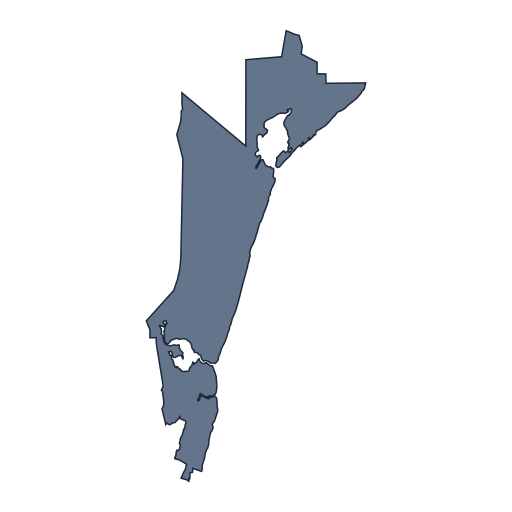 outline of Kilifi North, Coast, Kenya
{"feature_id": "3690345B15365868811730", "entity_name": "Kilifi North", "entity_type": "district", "adm_level": 2, "iso_a3": "KEN", "parent_name": "Kenya", "parent_adm1": "Coast", "projection": "equal_earth", "projection_center": [39.892, -3.499], "detail": "fine", "context": "isolated", "style": "filled", "palette": "slate", "viewbox_px": 512, "rotation_deg": 0, "n_neighbors": 0, "source": "geoboundaries", "source_scale": "gbopen_adm2", "svg_char_len": 6114}
<svg xmlns="http://www.w3.org/2000/svg" viewBox="0 0 512 512"><path d="M161.4,390.3L162.4,391.5L163.9,402.1L163.4,406.0L162.0,408.9L165.8,424.6L166.5,423.5L167.3,423.1L167.8,423.8L169.6,424.8L173.0,422.9L175.3,422.4L176.5,420.8L178.2,419.3L179.9,416.6L180.4,418.8L185.5,420.9L185.8,423.0L185.0,425.6L184.9,427.1L184.7,427.9L184.1,428.5L182.2,435.0L180.4,438.4L180.0,441.7L179.5,442.4L179.5,443.9L180.1,444.5L180.4,446.2L179.8,447.3L179.6,449.0L177.6,450.6L177.0,450.2L176.2,451.9L176.1,454.1L175.1,457.3L174.7,457.6L174.7,458.3L175.0,458.9L179.1,459.8L186.5,464.2L185.4,469.2L183.3,473.0L181.1,478.2L188.0,480.2L187.9,480.8L188.8,481.3L189.0,478.6L189.5,479.1L189.8,478.4L190.1,472.6L192.1,472.6L192.5,472.3L192.8,468.4L201.6,471.4L202.2,469.5L202.4,464.4L204.3,459.1L205.4,452.8L206.3,450.4L207.1,448.7L207.6,448.3L208.7,444.4L208.9,440.5L210.2,434.1L210.8,432.4L212.1,430.5L212.9,428.3L213.1,426.6L212.4,425.6L212.5,423.5L214.0,421.8L214.8,420.1L217.7,411.3L217.7,408.9L217.2,406.8L217.1,402.2L216.5,397.8L214.7,396.0L213.5,395.9L212.0,397.3L211.3,397.3L210.9,396.5L210.3,396.3L209.8,396.6L209.5,398.2L209.2,398.7L208.6,398.7L207.7,398.0L206.5,398.5L205.7,397.5L204.3,397.1L200.5,394.8L200.4,397.3L199.4,398.7L199.6,399.7L199.2,400.4L197.8,400.7L197.6,399.9L198.1,399.3L198.5,397.8L199.7,397.1L199.5,395.0L199.7,394.3L200.3,393.6L202.7,395.0L203.3,395.8L206.8,397.1L207.9,396.5L208.7,397.3L209.4,395.8L210.6,395.7L211.0,396.3L212.0,396.7L213.3,395.3L215.3,394.3L216.2,392.1L216.9,387.0L216.2,376.8L214.8,371.9L214.4,371.3L212.8,366.5L212.3,365.8L210.4,365.7L208.9,364.9L206.5,362.7L205.2,362.8L203.5,363.6L202.1,363.4L199.6,360.9L199.2,358.9L198.2,359.3L197.0,361.8L196.0,362.7L194.5,363.2L194.2,364.0L193.7,363.7L193.4,362.5L192.8,362.2L191.8,365.5L190.2,367.1L188.7,371.0L188.1,371.5L186.6,371.2L183.0,371.7L181.6,370.6L180.6,370.5L180.1,369.8L180.4,369.3L178.7,368.2L177.4,366.7L176.5,366.7L176.4,367.6L175.3,367.1L174.0,364.3L172.9,360.0L171.8,359.2L171.4,358.5L171.5,356.0L170.7,355.3L170.1,355.4L169.4,353.3L168.7,352.8L168.6,351.8L171.2,351.5L171.7,352.0L172.1,352.7L172.1,354.3L172.9,356.7L173.5,357.4L175.4,357.4L178.3,355.8L180.7,355.2L181.1,355.5L182.9,358.7L183.2,358.1L183.2,357.2L182.6,354.8L182.9,352.8L180.2,350.0L179.3,347.4L179.2,345.1L178.5,344.9L176.2,345.4L174.4,344.8L170.7,345.8L166.5,344.9L165.2,344.0L163.8,341.3L162.8,336.9L162.8,335.8L162.5,335.1L162.0,334.9L161.1,333.1L161.6,331.6L161.2,329.6L161.4,328.8L160.1,327.8L159.8,326.2L159.3,325.9L159.7,325.4L160.3,325.5L160.7,326.4L161.6,326.0L164.2,327.0L164.7,326.3L164.7,324.6L164.5,323.9L163.7,323.5L163.1,321.6L165.0,320.7L166.1,320.7L166.1,322.2L166.9,323.2L166.2,323.5L166.0,324.8L164.9,327.2L164.6,330.1L163.8,331.3L164.4,334.5L164.4,340.0L165.3,342.5L166.1,343.5L167.2,343.8L169.0,343.0L170.8,340.9L170.8,340.1L172.2,339.9L176.3,338.4L177.1,338.4L178.9,339.3L183.4,338.7L186.1,339.2L190.2,342.4L191.6,345.3L191.7,347.1L192.7,349.4L193.1,349.7L194.0,349.8L194.0,351.6L194.3,352.3L196.9,352.6L197.8,353.3L198.5,354.3L200.4,355.2L200.9,355.8L201.4,358.4L203.2,361.0L205.0,360.6L206.9,360.8L208.2,361.2L210.3,363.2L212.8,362.9L215.0,363.4L215.5,363.2L217.8,360.6L218.3,359.2L218.7,356.3L219.9,353.9L221.5,348.5L224.9,342.0L226.9,336.6L227.4,334.2L229.4,329.2L229.5,327.0L230.7,324.6L232.5,317.8L234.4,313.9L236.1,309.4L239.1,298.8L243.1,282.7L247.5,267.0L247.8,264.7L249.1,260.6L249.3,258.0L250.0,256.8L250.1,254.8L249.6,253.1L250.5,249.2L252.2,245.2L253.0,244.3L253.4,242.7L253.9,242.4L254.0,241.1L254.4,240.8L255.8,236.8L256.3,234.3L256.8,233.8L259.6,223.2L260.8,221.6L262.4,218.0L263.5,214.1L266.9,205.4L268.6,200.1L268.5,197.6L270.5,193.9L270.2,192.6L270.7,190.7L271.2,190.3L271.6,188.3L272.6,186.9L274.7,182.2L275.3,179.1L275.1,178.5L274.3,178.3L273.2,176.7L273.8,170.4L273.6,168.9L273.3,168.3L272.0,168.3L270.4,166.8L268.7,167.0L265.6,165.4L262.9,159.7L261.8,159.6L261.3,160.0L258.1,165.4L257.5,167.1L256.2,168.5L255.8,168.1L256.1,166.2L256.5,165.3L257.8,163.8L258.6,161.5L260.2,159.5L260.8,157.4L260.4,155.9L259.5,155.3L258.2,155.8L257.1,156.9L256.4,156.5L255.4,154.9L255.1,153.9L256.0,152.1L258.6,150.4L257.6,148.2L257.1,146.5L257.2,144.2L256.8,139.1L257.3,135.9L258.4,134.6L259.0,134.4L261.4,134.7L262.4,135.3L262.4,136.8L263.1,136.5L265.0,134.1L266.8,133.2L267.5,130.3L265.8,128.7L265.1,128.5L263.8,126.8L264.2,125.6L264.0,123.9L265.1,121.5L267.5,119.8L272.6,117.5L278.0,113.9L280.7,113.1L285.2,113.3L287.9,112.1L288.3,111.4L287.7,111.2L287.3,109.8L287.9,109.4L288.8,110.0L290.1,108.8L290.9,108.5L291.6,109.1L290.9,112.9L289.1,115.2L288.5,115.0L286.9,116.6L284.6,120.7L283.9,122.4L284.0,123.2L284.0,124.8L284.7,126.5L285.8,127.6L286.3,129.3L287.4,130.6L287.7,133.9L289.0,137.6L289.5,138.2L288.9,140.1L288.5,140.4L288.3,141.5L287.6,142.0L288.6,144.1L289.0,143.8L289.1,144.4L287.9,148.4L288.4,149.3L289.2,149.7L290.6,147.7L291.2,147.6L291.6,148.6L292.1,149.2L290.8,151.2L289.3,152.7L288.9,151.4L287.7,150.7L287.1,151.7L285.9,152.6L285.3,152.6L284.4,151.1L283.1,151.1L281.3,153.0L280.5,153.5L279.6,155.0L276.7,157.8L276.9,159.3L276.8,161.7L276.3,161.9L276.1,162.5L276.2,164.3L275.6,165.7L277.2,167.5L278.8,166.9L279.4,167.0L285.1,160.4L289.8,156.1L292.9,151.8L294.0,151.0L296.5,147.9L298.4,146.2L300.4,145.0L300.6,145.5L300.3,146.3L300.7,146.7L302.3,145.6L302.7,145.1L302.1,142.7L302.5,142.2L303.1,142.3L303.3,142.8L303.3,144.6L303.7,144.5L304.4,143.4L305.0,143.4L308.8,139.6L308.4,138.0L309.0,137.7L309.6,138.0L309.6,139.7L310.2,139.3L313.6,136.0L313.5,135.1L314.1,135.5L315.7,134.6L315.4,133.0L317.5,130.2L319.3,129.6L325.6,125.5L329.6,121.4L332.4,117.8L335.0,115.5L337.2,112.3L341.5,110.5L344.9,108.4L348.0,105.3L356.4,98.6L360.9,93.5L362.1,91.1L363.8,89.7L364.7,87.6L365.7,82.9L326.0,83.3L325.8,73.9L317.1,73.8L317.1,62.2L301.2,53.9L302.2,46.0L299.2,35.5L294.0,34.0L286.2,30.7L281.6,56.7L245.9,59.7L245.8,146.1L181.9,92.8L182.1,101.0L181.8,101.8L182.6,109.3L181.2,111.2L181.3,115.3L180.5,122.2L176.8,134.6L182.9,158.8L180.8,258.3L179.9,268.2L177.6,279.1L173.7,290.5L146.3,320.9L149.9,329.7L149.9,337.8L156.2,337.7L156.3,343.3L157.2,349.5L163.2,385.9L161.4,390.3Z" fill="#64748b" stroke="#1e293b" stroke-width="1.5"/></svg>